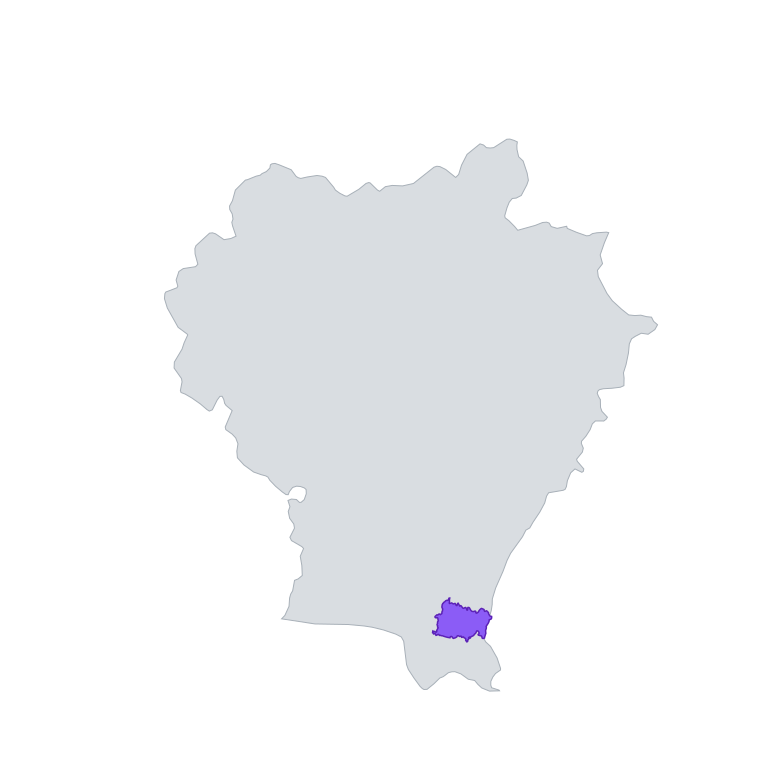 location of Kobryn, Brest, Belarus, rotated 290°
{"feature_id": "67162791B1192676397695", "entity_name": "Kobryn", "entity_type": "district", "adm_level": 2, "iso_a3": "BLR", "parent_name": "Belarus", "parent_adm1": "Brest", "projection": "mercator", "projection_center": [24.483, 52.154], "detail": "fine", "context": "in_parent", "style": "filled", "palette": "violet", "viewbox_px": 768, "rotation_deg": 290, "n_neighbors": 0, "source": "geoboundaries", "source_scale": "gbopen_adm2", "svg_char_len": 9425}
<svg xmlns="http://www.w3.org/2000/svg" viewBox="0 0 768 768"><g transform="rotate(290 384 384)"><path d="M603.1,543.4L592.2,542.8L579.2,543.0L571.8,548.2L563.9,545.7L558.2,548.6L545.3,562.6L540.3,570.1L535.5,581.7L532.6,590.3L534.1,596.3L536.5,601.8L537.1,607.8L538.3,612.5L535.1,615.9L533.2,620.8L527.8,619.9L521.1,615.2L519.7,608.4L514.6,603.7L511.2,601.2L505.6,600.8L496.8,603.1L485.1,604.8L476.4,605.2L471.6,607.6L464.5,610.0L461.8,607.2L457.9,599.5L454.6,591.8L452.4,588.4L450.5,587.4L448.1,587.6L445.4,590.1L443.4,592.6L436.0,595.5L432.8,598.2L429.2,605.3L426.9,604.8L424.4,603.2L421.6,595.3L417.8,593.4L411.6,593.3L404.0,591.6L397.8,589.2L395.6,589.8L391.9,593.2L387.9,593.7L379.2,590.7L377.5,592.0L372.5,600.8L370.1,601.2L368.7,600.1L369.5,592.5L364.4,589.8L355.9,589.4L349.9,590.5L346.9,590.2L345.4,588.7L338.1,575.9L334.2,575.1L327.2,575.7L316.9,574.2L305.1,571.3L298.6,570.2L295.2,567.3L287.9,566.4L268.3,560.9L260.3,560.0L248.5,559.9L230.6,558.7L219.1,559.3L213.7,561.1L207.6,562.3L186.3,563.7L178.6,565.2L176.4,567.9L173.9,573.8L165.2,584.0L156.6,590.8L155.1,591.3L150.1,587.8L145.9,586.5L141.1,586.1L137.6,587.3L135.4,589.0L135.7,596.8L135.2,597.5L131.5,588.2L131.8,579.8L133.9,574.9L136.4,570.6L135.4,564.1L137.9,555.4L137.9,549.1L136.9,546.4L134.8,543.3L129.3,539.8L126.8,537.0L119.3,533.4L111.8,528.9L110.6,526.1L110.9,524.2L112.2,521.3L117.9,512.8L124.1,504.5L128.0,501.2L149.0,490.5L152.2,486.8L153.0,480.5L152.7,467.7L151.4,456.0L149.8,448.0L145.8,432.8L134.9,401.1L128.3,368.1L132.6,370.0L142.6,370.8L150.6,368.5L154.7,368.2L158.4,368.9L168.9,367.1L171.5,370.0L176.1,372.7L185.3,368.9L193.5,364.2L201.9,364.7L203.1,362.4L205.2,350.6L207.8,348.0L217.9,349.2L221.6,347.1L225.5,341.3L231.5,337.6L236.5,337.6L241.7,333.6L244.2,336.3L245.5,341.2L243.8,345.1L244.5,346.6L248.1,348.6L254.3,348.5L258.2,346.9L259.1,344.7L259.1,340.6L258.1,336.8L255.5,333.5L250.6,331.9L247.2,331.8L246.6,329.7L247.8,325.3L250.8,317.1L254.5,309.6L256.8,306.8L257.2,304.2L256.8,299.7L256.7,291.6L260.0,280.1L264.5,271.5L270.5,268.7L277.9,267.2L282.6,263.1L285.0,258.4L287.0,251.0L289.3,249.5L307.1,250.4L309.8,243.0L311.3,240.9L314.7,238.7L317.1,236.1L316.2,234.0L311.7,232.7L301.0,231.5L298.8,229.1L299.5,226.1L302.4,218.4L305.1,208.4L306.5,200.7L306.6,196.2L308.2,194.9L316.9,193.5L319.8,191.9L327.2,181.3L332.9,179.5L347.7,182.3L354.4,182.1L363.0,182.8L363.7,181.7L366.8,171.2L381.3,154.4L389.1,148.5L394.0,147.2L395.8,147.5L403.6,156.5L405.4,156.8L410.6,153.1L419.6,152.8L423.8,155.9L429.8,166.8L432.9,168.1L441.6,162.0L446.5,160.0L449.7,160.0L466.1,168.5L467.4,171.2L467.5,174.4L464.9,184.3L468.3,190.3L472.3,194.4L480.8,187.6L483.9,185.7L487.3,185.7L491.9,183.2L495.2,179.4L498.4,178.0L504.4,178.9L515.4,178.0L528.2,184.0L529.3,185.8L535.6,192.8L537.9,196.3L540.0,197.4L543.4,200.8L547.9,202.9L551.1,202.3L552.6,203.4L554.0,206.1L554.1,210.6L553.6,223.5L549.1,230.3L548.5,232.7L548.7,235.5L552.3,241.1L557.0,249.7L558.1,254.7L558.1,258.4L551.7,269.4L549.6,272.0L548.1,277.3L547.4,282.8L547.8,285.1L558.4,293.8L566.3,298.5L568.1,300.8L568.2,302.2L564.0,311.5L563.6,314.0L569.9,317.8L573.4,323.8L576.5,333.7L582.5,343.1L604.8,356.8L606.7,359.2L607.4,362.2L606.7,368.6L602.6,380.7L606.4,382.5L616.2,382.0L628.2,383.5L642.5,392.1L642.6,395.9L641.1,399.4L642.1,403.1L643.6,406.2L656.0,415.7L657.2,418.5L657.4,423.1L657.1,426.5L653.7,427.2L649.8,428.8L643.6,432.8L641.1,438.5L631.1,446.4L624.8,450.0L619.9,450.1L608.1,448.5L603.9,444.6L602.2,441.1L597.7,439.5L591.6,439.3L583.3,439.9L581.6,441.0L580.2,445.4L576.7,452.8L574.2,457.1L584.7,471.8L590.0,477.8L591.7,481.5L591.7,484.2L589.1,487.3L589.5,493.5L594.7,501.7L592.9,503.0L592.4,513.0L592.5,523.7L593.8,526.3L596.6,528.4L598.9,532.3L602.8,541.1L603.1,543.4Z" fill="#d9dde1" stroke="#a8b0b8" stroke-width="1"/><path d="M197.8,514.3L197.5,514.3L196.8,514.2L196.2,514.2L195.6,514.4L195.0,514.5L194.5,514.6L194.0,514.8L193.5,515.2L193.2,515.6L193.0,515.8L192.5,516.1L191.8,516.3L191.3,516.4L190.6,516.6L190.2,516.4L189.8,516.4L189.2,516.5L188.8,516.7L188.6,516.8L187.9,516.8L187.6,516.5L187.2,516.3L186.8,516.0L186.6,515.9L186.6,515.6L186.6,515.4L186.7,515.2L186.8,515.1L186.8,514.7L186.5,514.2L186.0,514.0L185.6,513.6L185.3,513.5L185.2,513.3L185.2,512.9L185.1,512.6L184.9,512.4L184.6,512.3L184.3,512.2L183.9,512.0L183.6,511.8L183.3,511.6L183.0,511.5L182.7,511.5L182.4,511.7L182.2,511.8L182.0,512.3L182.1,512.8L182.2,513.3L182.4,513.5L182.6,513.9L182.7,514.2L182.4,514.6L182.2,514.8L181.7,515.0L181.1,515.3L180.8,515.5L180.7,515.7L180.4,515.8L179.9,515.9L179.7,515.9L179.3,515.9L179.1,515.8L178.8,515.7L178.6,515.7L178.3,515.8L178.2,515.9L178.0,516.0L177.8,516.1L177.5,516.2L177.3,516.2L177.0,516.2L176.7,516.1L176.4,516.1L176.1,516.2L175.9,516.2L175.7,516.3L175.4,516.8L175.3,517.0L175.1,517.2L174.7,517.3L174.1,517.3L173.9,517.5L173.7,517.9L173.5,518.2L173.1,518.2L172.4,518.1L171.7,518.0L171.1,517.9L170.6,517.8L170.1,517.9L170.0,518.1L169.6,518.1L169.2,518.2L168.9,518.1L168.7,517.8L168.6,517.6L168.5,517.3L168.6,517.1L168.7,516.8L168.8,516.6L168.9,516.3L168.8,516.2L168.4,515.9L168.3,515.6L168.3,515.3L168.5,515.1L168.6,514.8L168.7,514.4L168.3,514.4L168.2,514.4L167.9,514.5L167.6,514.6L167.4,514.6L167.1,514.7L166.9,514.7L166.8,515.2L166.6,515.4L166.4,515.7L166.2,515.9L166.1,516.4L166.6,516.7L166.8,517.2L166.8,517.6L166.5,518.0L166.1,518.4L165.8,518.5L165.6,518.9L165.9,519.3L166.3,519.7L166.5,519.8L166.8,520.1L167.1,520.3L167.3,520.6L167.2,521.3L167.0,521.6L166.8,521.8L166.8,522.1L166.8,522.4L167.1,522.6L167.1,522.8L167.1,523.4L167.1,523.9L167.2,524.4L167.4,524.9L167.4,525.3L167.4,525.8L167.4,527.0L167.5,528.5L167.7,530.8L167.9,531.6L168.0,532.0L168.0,532.4L168.1,532.8L168.5,532.8L168.8,532.8L169.2,532.8L169.5,533.1L169.7,533.3L169.8,533.6L169.8,533.9L169.7,534.4L169.6,534.6L169.4,534.8L169.2,535.0L168.9,535.5L168.7,536.1L168.8,536.5L169.2,536.8L169.5,537.3L169.7,537.6L170.0,537.9L170.6,538.4L170.9,538.7L171.2,538.9L171.9,538.9L172.2,539.0L172.5,539.1L172.6,539.4L172.7,539.8L172.9,540.1L172.8,540.6L172.7,541.0L172.6,541.5L172.8,541.9L173.0,542.1L173.4,542.5L173.4,542.8L173.3,543.0L173.0,543.2L172.8,543.4L172.5,543.6L172.6,544.0L172.9,544.3L173.2,544.6L173.4,544.9L173.4,545.3L173.4,545.5L173.1,545.7L173.0,546.0L172.9,546.3L172.9,546.6L172.8,547.0L172.8,547.5L172.4,548.0L172.0,548.2L171.6,548.2L171.3,548.3L171.1,548.4L170.9,548.8L170.8,549.0L170.6,549.3L170.3,549.4L170.2,549.6L170.0,549.9L170.2,550.3L170.7,550.6L171.1,550.6L171.3,550.6L171.7,550.3L171.8,550.2L172.0,550.2L172.3,550.4L172.7,550.6L173.3,550.8L173.7,550.8L174.0,550.6L174.2,550.3L174.4,550.3L174.7,550.3L175.0,550.5L175.3,550.7L175.5,550.9L175.5,551.3L175.2,551.4L174.9,551.6L174.6,551.7L174.8,552.0L175.5,552.1L175.8,552.1L176.3,552.2L176.6,552.5L177.2,553.2L177.8,553.8L178.4,554.2L179.2,554.5L179.6,554.5L179.8,554.6L180.1,554.7L180.4,555.0L180.8,555.2L181.4,555.4L182.1,555.5L182.9,555.5L183.3,555.6L183.6,555.6L183.9,556.0L184.0,556.5L183.9,556.9L183.7,557.5L183.2,557.9L182.9,558.3L182.5,558.6L182.0,558.6L181.5,558.4L181.1,558.2L180.8,558.1L180.5,558.2L180.4,558.5L180.3,558.8L180.4,560.3L180.5,561.0L180.5,561.6L180.4,561.9L180.3,562.0L179.9,562.4L179.5,562.7L179.0,563.0L178.7,563.4L178.7,563.9L178.9,564.3L179.1,564.8L179.5,565.1L179.7,565.3L180.2,565.2L181.6,565.1L183.1,565.0L184.5,565.0L185.7,564.4L186.6,564.0L187.5,563.7L189.1,563.7L189.9,563.6L190.6,563.2L191.1,562.9L192.4,563.1L193.7,563.5L194.6,563.7L196.4,563.9L197.5,563.8L198.3,563.5L199.0,564.2L199.5,564.9L200.6,565.2L201.9,564.9L202.4,564.6L202.3,564.0L202.2,563.3L202.3,562.8L202.6,562.3L202.9,562.0L203.4,561.5L203.6,561.1L203.9,560.8L204.4,560.6L204.9,560.4L205.1,560.1L205.3,559.6L205.4,559.2L205.7,558.7L205.9,558.3L205.9,557.8L205.5,557.3L205.0,556.9L204.8,556.4L205.0,556.0L205.4,555.6L205.7,555.5L206.2,555.2L206.4,554.7L206.4,553.5L206.5,552.8L206.5,552.5L206.2,552.1L205.6,551.7L204.8,551.3L203.7,550.9L202.7,550.7L201.8,550.5L201.2,550.1L200.5,549.6L200.3,549.2L200.4,548.8L200.5,548.5L200.9,548.4L201.4,548.2L201.7,548.0L201.8,547.6L201.8,547.2L201.5,546.8L201.2,546.5L201.0,546.3L200.8,545.9L200.7,545.4L200.5,544.9L200.5,544.1L200.8,543.4L201.3,542.6L202.0,541.8L202.6,541.2L202.9,540.7L203.0,540.4L202.9,540.0L202.9,539.6L202.7,539.3L202.2,539.3L201.6,539.3L201.2,539.5L200.8,539.7L200.2,539.8L199.9,539.5L200.0,539.1L200.4,538.9L200.7,538.7L201.1,538.2L201.6,537.8L201.9,537.2L201.8,536.8L201.5,536.5L201.2,536.2L200.8,535.9L200.4,535.5L200.4,535.2L200.4,534.8L200.6,534.4L200.9,534.0L201.1,533.5L201.6,532.9L201.8,532.6L201.9,532.3L202.0,531.9L201.7,531.5L201.5,531.4L201.3,531.3L201.3,531.0L201.6,530.8L201.8,530.6L202.2,530.0L202.4,529.7L202.7,529.4L203.0,529.1L203.3,528.9L203.4,528.6L203.2,528.4L202.8,528.3L202.6,528.3L201.9,528.3L201.4,528.4L200.7,528.2L200.6,527.6L200.9,527.3L201.2,527.0L201.7,526.5L201.9,526.2L202.0,525.9L202.1,525.7L201.6,525.2L201.4,524.9L201.2,524.6L201.1,524.2L201.1,523.5L201.2,523.2L201.4,522.9L201.4,522.5L201.3,522.2L201.1,521.9L200.8,521.6L200.5,521.2L200.3,520.9L200.2,520.8L200.2,520.6L200.4,520.3L200.8,520.2L201.5,520.0L202.2,519.9L202.6,519.7L203.2,519.4L203.5,519.3L203.9,519.3L204.2,519.1L204.6,518.9L205.1,518.9L205.3,519.0L205.3,518.8L205.2,518.5L204.9,518.3L204.5,518.3L203.7,518.3L203.2,518.2L202.8,518.1L202.5,517.9L202.3,517.4L202.2,517.0L201.9,516.6L201.6,516.3L201.2,516.0L200.7,515.8L200.2,515.6L199.6,515.1L199.3,514.9L198.9,514.8L198.5,514.7L198.1,514.5L197.9,514.3L197.8,514.3Z" fill="#8b5cf6" stroke="#5b21b6" stroke-width="1.5"/></g></svg>